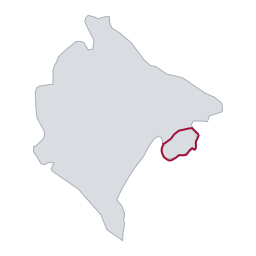 where Plav sits in Montenegro
{"feature_id": "MNE-1503", "entity_name": "Plav", "entity_type": "Municipality", "adm_level": 1, "iso_a3": "MNE", "parent_name": "Montenegro", "parent_adm1": "", "projection": "orthographic", "projection_center": [19.907, 42.587], "detail": "fine", "context": "in_parent", "style": "outline", "palette": "rose", "viewbox_px": 256, "rotation_deg": 0, "n_neighbors": 0, "source": "natural_earth", "source_scale": "10m", "svg_char_len": 1696}
<svg xmlns="http://www.w3.org/2000/svg" viewBox="0 0 256 256"><path d="M109.6,16.8L109.4,18.4L109.8,23.3L111.9,28.0L119.6,32.9L131.0,42.5L144.3,60.2L150.4,65.4L156.0,66.7L166.7,74.0L174.3,75.8L182.7,77.8L204.8,93.0L214.7,97.4L221.7,103.1L222.5,108.5L222.2,111.8L209.5,115.8L207.3,121.7L201.1,121.0L193.6,121.0L191.2,124.8L194.8,131.0L197.1,138.3L195.3,148.3L194.6,149.6L192.8,149.3L182.3,155.1L174.4,157.8L167.3,159.2L164.0,156.4L162.3,152.6L162.6,141.6L161.4,137.9L159.0,136.1L154.1,138.7L148.4,147.1L143.2,157.0L135.2,167.3L128.7,177.1L121.6,189.5L116.7,199.8L121.6,205.6L124.6,213.8L123.7,219.8L124.6,223.4L122.9,234.0L122.6,240.6L107.0,229.8L100.8,214.7L78.3,189.1L52.6,171.4L51.2,168.7L52.7,165.4L54.0,162.8L48.6,162.5L44.8,164.5L41.2,163.9L37.3,157.3L33.6,151.7L33.5,146.7L35.2,146.1L37.8,144.2L43.4,138.8L44.5,135.9L44.3,131.5L36.9,117.5L36.0,108.5L35.2,91.8L36.8,87.8L39.7,86.0L53.0,84.1L53.0,71.1L53.8,67.2L56.6,61.8L58.3,56.9L65.8,49.9L75.9,41.6L80.2,41.4L84.0,42.6L88.2,49.9L92.9,49.0L94.0,40.3L88.0,28.8L84.8,21.5L85.9,17.4L88.2,15.4L93.5,16.7L98.5,18.8L101.7,17.5L106.7,16.5L109.6,16.8Z" fill="#d9dde1" stroke="#a8b0b8" stroke-width="1"/><path d="M191.9,128.1L197.6,133.5L198.4,134.9L198.6,135.4L197.3,138.9L196.1,141.0L195.8,142.1L195.8,144.3L196.0,146.2L195.9,147.9L194.7,149.7L192.2,148.2L190.1,149.8L186.5,154.6L184.0,155.3L179.2,155.1L176.7,156.9L175.8,157.8L172.0,160.0L171.4,160.2L170.4,160.5L168.6,160.3L166.9,159.4L163.7,156.9L162.0,152.7L161.7,151.5L161.6,150.5L161.8,148.5L162.0,147.6L162.7,146.0L163.2,145.2L163.3,145.4L163.2,144.0L164.9,143.2L170.8,138.9L174.4,134.1L178.9,130.7L179.3,130.6L188.2,128.6L191.9,128.1Z" fill="none" stroke="#9f1239" stroke-width="2"/></svg>